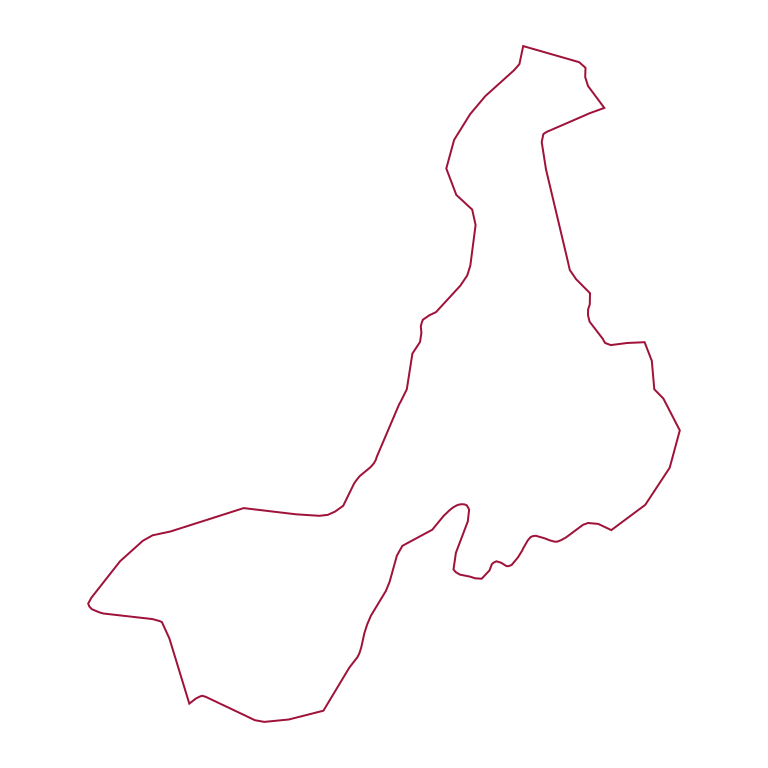 an SVG outline of Quezaltenango
{"feature_id": "GTM-1945", "entity_name": "Quezaltenango", "entity_type": "Department", "adm_level": 1, "iso_a3": "GTM", "parent_name": "Guatemala", "parent_adm1": "", "projection": "robinson", "projection_center": [-91.716, 14.866], "detail": "fine", "context": "isolated", "style": "outline", "palette": "rose", "viewbox_px": 768, "rotation_deg": 0, "n_neighbors": 0, "source": "natural_earth", "source_scale": "10m", "svg_char_len": 1878}
<svg xmlns="http://www.w3.org/2000/svg" viewBox="0 0 768 768"><path d="M679.8,430.4L669.7,467.7L645.3,504.8L611.3,530.1L598.2,523.9L588.1,523.0L583.0,524.8L565.9,537.5L561.0,540.2L557.0,541.7L554.2,541.6L549.7,540.3L544.6,538.3L535.9,535.8L532.8,536.1L530.6,537.1L527.7,540.5L523.0,548.7L522.1,550.7L518.0,557.3L511.7,564.9L508.7,566.1L506.5,566.1L501.3,562.8L496.5,561.3L493.7,562.6L491.9,564.1L489.5,570.4L481.7,578.7L475.1,578.3L470.3,576.7L459.9,574.6L455.8,572.2L453.5,569.5L455.9,552.8L467.8,521.4L469.1,509.7L468.1,507.6L466.7,505.3L464.5,504.4L461.6,504.2L458.1,504.8L455.6,506.0L453.3,507.3L449.8,510.0L443.6,515.9L432.3,529.7L402.4,545.8L396.9,555.6L389.6,581.8L385.9,590.9L370.9,615.7L367.2,624.4L364.4,633.1L361.4,646.8L359.5,653.0L357.6,656.9L349.4,667.5L323.4,710.7L288.7,719.5L264.3,721.9L254.9,720.2L205.9,696.9L202.4,695.8L200.4,696.3L196.1,698.4L189.3,703.6L169.4,638.5L161.9,622.1L159.7,621.1L152.6,619.1L103.3,613.5L98.9,612.2L91.7,609.1L89.2,606.3L88.2,603.5L91.4,597.7L120.1,561.2L142.8,540.8L152.6,535.3L170.4,531.5L243.7,508.1L295.9,514.3L319.3,515.8L327.7,514.9L335.0,511.6L343.2,505.8L353.9,483.9L356.0,480.7L359.8,476.0L370.7,467.0L373.8,463.4L375.8,459.9L376.7,457.0L399.2,404.2L400.6,401.8L406.8,389.3L412.4,353.6L420.0,342.0L421.4,332.9L420.8,326.2L421.9,322.3L422.9,319.7L429.5,315.2L436.0,312.1L460.3,285.7L467.2,275.5L470.3,265.7L475.6,225.0L472.2,209.6L456.3,194.9L446.3,168.5L454.1,139.9L470.1,114.2L485.3,96.1L514.1,70.2L519.4,64.1L523.2,46.1L579.2,62.2L585.5,67.8L585.2,77.1L588.0,86.0L604.3,107.9L589.7,113.2L547.1,131.7L545.2,132.8L543.4,134.1L541.7,142.0L546.0,169.4L566.6,256.1L569.8,270.0L576.1,279.2L590.0,293.2L589.8,304.3L588.1,309.4L588.0,315.3L589.6,321.7L602.9,339.0L603.9,341.0L605.2,343.0L610.8,345.1L627.0,343.0L644.6,342.2L651.8,360.8L654.3,389.3L663.4,398.6L679.8,430.4Z" fill="none" stroke="#9f1239" stroke-width="2"/></svg>